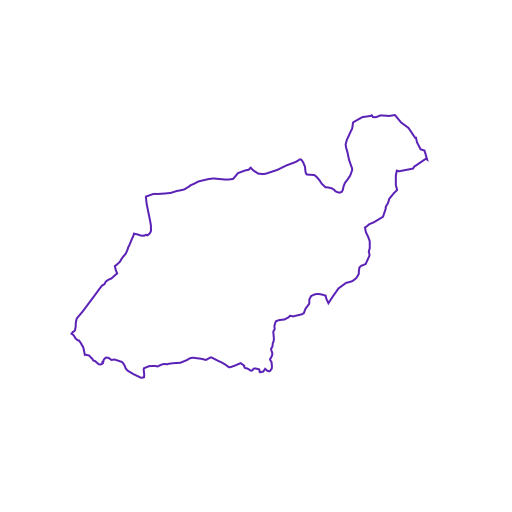 Hulu Sungai Tengah, Kalimantan Selatan, Indonesia (Natural Earth projection), rotated 330°
{"feature_id": "22746128B20472072190374", "entity_name": "Hulu Sungai Tengah", "entity_type": "district", "adm_level": 2, "iso_a3": "IDN", "parent_name": "Indonesia", "parent_adm1": "Kalimantan Selatan", "projection": "natural_earth1", "projection_center": [115.446, -2.611], "detail": "fine", "context": "isolated", "style": "outline", "palette": "violet", "viewbox_px": 512, "rotation_deg": 330, "n_neighbors": 0, "source": "geoboundaries", "source_scale": "gbopen_adm2", "svg_char_len": 5231}
<svg xmlns="http://www.w3.org/2000/svg" viewBox="0 0 512 512"><g transform="rotate(330 256 256)"><path d="M189.8,149.5L190.2,149.7L188.8,152.9L187.4,156.1L186.5,158.8L185.9,160.5L185.7,161.2L184.9,163.5L182.3,171.3L181.2,174.5L180.8,175.5L180.3,176.9L177.7,181.6L176.9,182.3L176.6,182.5L176.3,182.7L174.9,183.4L173.6,183.7L172.9,183.7L172.2,183.8L171.7,182.8L171.2,182.6L170.6,182.5L169.5,182.6L168.7,182.0L168.4,182.0L168.2,181.8L167.4,181.4L166.8,181.0L166.0,180.2L165.7,179.7L164.4,178.3L161.5,175.6L159.7,177.4L157.6,178.8L155.4,180.5L152.9,182.4L151.1,183.8L150.2,184.2L146.9,187.1L143.9,189.1L141.2,189.9L137.7,191.5L135.1,193.0L131.0,193.9L128.7,194.2L128.2,195.9L127.9,196.9L127.6,198.0L127.4,198.7L127.1,201.6L126.3,201.8L124.4,202.1L121.9,202.7L119.2,203.2L117.9,202.9L116.4,202.8L115.7,202.8L113.3,203.0L112.4,203.5L110.9,204.5L109.5,204.7L107.9,204.6L104.4,206.0L96.3,209.6L92.0,211.4L88.8,212.8L78.1,217.4L69.5,220.5L68.6,221.4L68.4,221.7L67.7,222.4L67.5,222.5L66.6,223.8L65.8,224.9L65.0,226.2L64.5,227.0L64.0,227.6L63.7,228.0L62.6,229.3L61.8,230.0L60.3,230.3L59.4,230.2L58.2,230.7L57.4,231.1L57.7,231.6L58.3,233.0L58.5,234.9L58.5,237.1L59.1,238.9L59.5,239.9L60.5,240.8L60.8,245.0L60.7,245.1L60.7,246.8L60.8,247.7L60.8,248.0L60.7,248.5L60.5,249.6L59.7,251.9L58.4,255.9L58.5,255.9L60.4,257.5L61.8,258.9L62.2,261.4L62.7,262.3L62.9,265.3L64.0,266.3L64.2,266.7L64.4,267.4L64.6,268.1L65.7,271.1L66.1,271.5L66.4,271.7L67.0,272.1L67.6,272.4L68.5,272.4L69.0,272.3L69.5,272.3L69.5,272.2L69.8,272.2L69.8,271.3L70.2,270.8L71.1,271.0L72.0,269.9L73.7,269.2L75.2,268.9L77.3,270.4L78.8,273.7L81.2,274.7L81.7,274.9L85.6,279.2L85.6,279.3L86.7,280.4L87.3,281.9L87.4,283.7L87.4,284.9L87.2,286.7L86.9,288.1L87.0,288.5L87.4,290.4L87.5,291.1L90.9,297.2L95.5,303.9L97.3,304.8L98.4,305.0L99.8,303.0L102.0,298.1L102.9,297.2L108.0,297.9L108.3,297.9L113.9,300.9L115.4,302.4L119.6,302.8L121.4,303.2L123.3,304.0L123.5,304.2L124.5,305.2L125.4,305.4L126.8,305.8L128.7,306.6L130.3,307.3L130.8,307.5L132.7,308.4L136.9,310.6L141.3,311.2L144.3,311.6L146.5,311.5L148.3,311.7L148.5,311.7L150.6,312.6L153.6,314.9L155.1,316.0L157.7,318.1L160.7,321.0L165.5,321.1L166.6,321.4L171.3,328.7L172.6,330.3L174.6,333.7L174.7,333.8L176.9,338.7L177.0,338.7L177.9,339.4L182.5,340.3L189.1,341.1L190.9,345.0L190.6,345.5L190.5,345.9L190.4,346.7L190.5,347.5L191.7,348.6L192.7,349.8L194.1,352.6L194.4,352.9L195.5,353.2L196.3,352.9L196.5,352.9L197.0,352.6L198.1,352.5L199.4,353.2L202.0,355.7L202.0,356.3L201.7,357.2L201.4,357.8L201.2,358.2L201.4,358.8L201.8,358.9L203.2,359.3L204.4,359.7L204.5,359.7L207.5,358.3L208.4,361.0L209.8,362.5L211.0,362.5L211.9,362.0L213.4,361.3L214.6,359.6L215.6,357.4L216.4,355.7L216.3,354.0L216.3,353.2L216.4,352.9L216.4,352.6L217.2,352.0L218.4,351.4L219.2,350.9L220.2,350.1L221.1,349.1L221.6,348.1L221.9,346.8L222.0,345.8L222.0,345.6L222.7,343.8L223.8,343.3L225.0,342.6L227.0,339.8L227.6,339.4L228.8,338.5L230.2,336.5L232.5,331.5L232.9,330.6L233.8,329.6L234.9,329.2L235.7,328.5L236.8,326.0L238.6,324.1L240.6,322.5L242.0,322.7L243.3,322.9L245.3,323.6L248.8,325.2L251.2,325.3L253.5,325.4L254.0,325.2L255.7,324.8L257.8,326.8L266.1,329.3L268.7,329.5L272.5,326.4L278.2,324.0L280.5,320.3L283.6,318.3L285.2,318.3L288.1,318.7L290.6,319.8L292.5,321.2L294.5,323.0L295.5,324.2L295.8,324.5L296.5,325.1L295.6,327.9L295.1,333.1L302.6,329.3L311.3,325.3L315.9,324.8L320.5,324.3L325.1,325.6L327.4,325.9L331.1,325.4L332.8,324.8L336.1,322.9L337.3,320.8L339.9,317.6L342.2,317.1L346.9,317.8L354.2,312.6L355.1,311.4L355.8,308.7L358.5,306.0L361.9,300.0L362.7,295.4L363.1,290.3L364.6,285.8L366.8,285.7L368.2,285.4L369.4,285.2L370.2,285.1L374.6,285.7L376.5,285.7L376.8,285.7L385.6,285.5L388.8,282.7L391.9,280.0L392.7,278.6L392.8,278.6L393.6,278.0L393.7,277.8L396.6,276.3L397.7,275.3L397.8,275.2L398.0,275.0L398.4,274.7L398.6,274.5L399.2,273.9L400.0,273.1L406.9,270.5L411.2,269.4L412.6,264.4L417.6,255.8L420.7,252.5L422.1,254.1L435.7,258.8L438.0,257.6L438.5,257.7L451.8,256.7L452.4,258.0L453.9,252.1L454.6,248.9L451.9,245.9L452.3,237.9L453.7,233.6L452.9,233.2L452.1,221.4L448.4,212.9L446.8,203.4L441.5,201.4L434.2,196.5L429.4,195.8L426.8,194.3L426.6,192.0L425.3,192.0L417.5,188.9L408.7,188.8L406.8,188.9L405.0,191.2L404.9,191.4L403.8,192.8L402.5,194.1L401.0,195.0L399.6,196.0L397.5,197.5L392.8,200.8L389.4,204.2L388.1,207.4L387.8,209.0L387.5,210.3L387.0,212.0L386.5,213.7L385.9,215.4L384.5,219.9L383.4,226.0L383.0,228.0L382.5,229.4L379.8,231.8L377.4,233.7L373.4,235.6L369.5,237.2L366.5,239.6L364.5,241.9L362.5,243.3L360.1,243.0L358.5,241.5L357.2,239.7L356.8,237.8L355.5,235.3L352.3,232.3L350.5,231.3L349.0,225.9L348.9,222.4L348.1,218.1L347.1,215.2L344.9,213.6L342.5,212.1L340.6,210.6L340.6,209.1L341.4,206.8L343.0,203.3L343.6,199.1L343.6,196.5L343.2,194.9L342.0,194.2L340.2,194.4L337.3,194.4L327.9,192.8L322.2,192.4L317.6,192.1L305.5,189.6L302.7,188.4L299.1,185.7L296.7,181.1L295.7,178.0L295.6,176.9L294.8,177.0L292.8,177.7L289.9,176.6L281.9,175.2L281.6,175.3L274.7,177.8L270.8,176.2L267.4,174.3L257.8,167.5L253.3,165.6L243.6,162.7L239.3,162.5L238.9,162.5L234.2,162.0L233.9,162.3L227.2,162.5L225.5,162.0L224.4,161.7L219.9,160.1L213.6,158.7L208.5,156.4L202.0,153.2L198.5,151.1L197.4,150.8L190.3,149.5L189.8,149.5Z" fill="none" stroke="#5b21b6" stroke-width="2"/></g></svg>